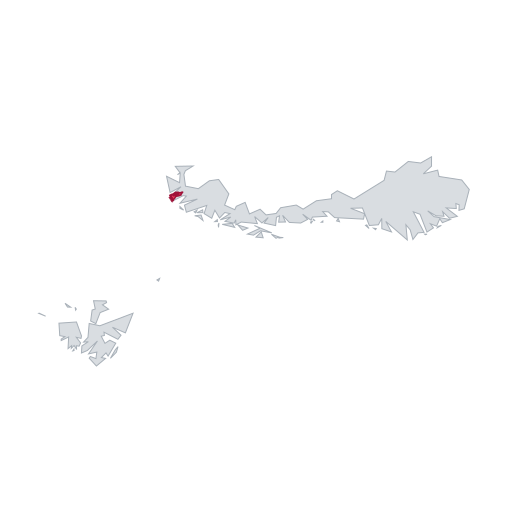 Gamvik nor, Finnmark, Norway shown in context, rotated 223°
{"feature_id": "86288312B53598341368845", "entity_name": "Gamvik nor", "entity_type": "district", "adm_level": 2, "iso_a3": "NOR", "parent_name": "Norway", "parent_adm1": "Finnmark", "projection": "albers", "projection_center": [28.071, 70.766], "detail": "fine", "context": "in_parent", "style": "filled", "palette": "rose", "viewbox_px": 512, "rotation_deg": 223, "n_neighbors": 0, "source": "geoboundaries", "source_scale": "gbopen_adm2", "svg_char_len": 6951}
<svg xmlns="http://www.w3.org/2000/svg" viewBox="0 0 512 512"><g transform="rotate(223 256 256)"><path d="M313.7,271.8L303.1,275.4L304.3,278.9L300.5,287.8L289.5,282.3L284.9,293.0L276.7,292.9L270.3,300.8L270.9,308.1L261.3,320.7L253.5,322.4L249.5,337.6L239.8,349.4L242.7,352.4L241.0,359.2L223.2,364.5L213.9,398.7L218.5,407.1L211.6,412.2L209.1,429.0L199.0,436.3L195.3,448.3L188.9,441.4L189.7,430.2L181.7,442.7L176.4,439.0L157.4,451.9L145.4,450.1L135.9,432.5L138.7,427.8L142.3,432.0L145.6,430.7L141.9,427.3L149.7,420.9L135.8,422.3L140.2,415.6L149.7,415.7L145.6,413.3L151.8,408.2L161.2,406.1L152.6,406.2L138.8,415.1L142.4,407.5L147.0,408.6L144.3,401.0L150.5,398.5L145.4,397.6L147.3,390.1L164.5,398.4L171.1,395.6L149.2,387.9L153.3,383.4L152.5,375.1L161.1,380.3L167.7,381.1L156.3,370.9L184.7,369.8L173.3,366.0L182.6,361.8L189.7,369.3L187.8,362.3L193.9,355.6L210.9,363.7L219.4,355.4L205.4,361.0L202.5,356.3L224.7,337.7L233.2,337.6L237.5,334.0L231.2,333.5L241.3,322.9L240.1,319.7L250.4,318.4L243.2,318.0L245.8,310.6L254.5,303.3L264.3,303.9L257.6,301.0L262.5,296.2L266.2,301.4L267.5,298.3L262.4,291.6L272.5,285.6L273.3,292.5L274.2,284.2L283.9,283.9L277.1,280.6L289.9,270.8L292.0,265.1L295.5,268.7L294.4,265.1L302.3,260.2L301.0,267.3L306.8,258.1L303.9,269.3L308.5,266.5L308.6,258.9L317.3,261.4L314.1,253.4L322.9,251.6L326.5,259.4L336.8,240.5L343.0,244.4L337.7,257.7L347.6,242.7L347.8,252.3L350.4,250.5L354.4,239.5L359.3,241.7L356.2,247.3L358.6,247.5L358.1,255.5L362.1,243.8L375.8,253.3L361.9,257.5L368.0,265.0L376.2,266.5L363.4,278.9L365.8,270.2L364.4,266.5L355.2,259.0L344.1,265.9L341.4,279.2L335.5,286.5L318.2,282.9L313.7,271.8ZM317.5,66.0L322.0,71.5L320.2,79.0L323.4,75.4L323.4,81.9L332.0,92.9L322.6,98.5L306.9,130.3L299.1,110.7L312.4,106.0L300.7,106.0L300.2,100.9L315.2,96.6L312.7,94.5L314.5,91.8L306.9,89.1L305.5,94.7L299.1,96.6L295.9,81.9L299.6,82.8L299.8,76.3L296.2,78.5L297.7,66.7L308.3,67.5L308.6,69.5L303.1,71.8L306.9,77.2L311.7,70.2L314.0,85.7L314.9,71.9L317.5,66.0ZM330.3,60.1L337.8,69.0L340.8,61.3L341.8,62.3L340.8,66.7L345.2,63.9L354.3,72.5L342.3,85.3L329.1,78.5L327.8,76.4L332.0,74.0L325.0,72.8L323.9,69.4L326.2,67.8L323.4,65.3L328.0,66.5L328.1,62.5L329.7,64.7L330.3,60.1ZM332.6,95.7L339.0,104.7L337.4,107.6L344.3,112.5L335.0,120.9L333.5,120.0L335.0,115.6L327.5,116.6L331.4,108.3L327.0,97.3L332.6,95.7ZM272.0,279.0L278.0,277.2L260.2,283.7L269.9,277.5L272.0,269.6L277.2,266.2L272.0,279.0ZM283.3,265.7L290.5,266.3L281.0,270.9L283.3,265.7ZM291.1,262.4L302.3,256.1L295.7,263.6L291.1,262.4ZM292.7,81.9L295.0,91.6L295.1,95.6L292.5,90.4L292.7,81.9ZM268.9,269.8L268.6,277.2L263.2,274.2L268.9,269.8ZM328.3,243.6L324.1,248.5L319.0,245.8L325.2,245.4L328.3,243.6ZM328.7,247.4L326.5,253.4L324.4,251.5L328.7,247.4ZM253.5,282.6L259.5,282.4L252.2,285.6L253.5,282.6ZM375.6,66.3L368.8,68.5L375.8,65.9L375.6,66.3ZM359.0,90.1L363.4,91.2L356.6,92.2L359.0,90.1ZM340.2,240.2L344.2,239.0L345.4,240.3L340.2,240.2ZM331.4,246.1L330.4,249.3L329.5,246.4L331.4,246.1ZM309.6,253.0L309.1,256.2L307.7,254.9L309.6,253.0ZM312.1,170.9L311.2,173.9L310.1,171.2L312.1,170.9ZM353.3,95.1L351.2,94.6L351.0,93.4L353.3,95.1ZM221.0,336.6L221.5,339.5L218.3,338.0L221.0,336.6ZM302.9,251.4L304.8,252.9L305.6,254.9L302.9,251.4ZM325.3,61.6L325.7,63.8L324.6,62.8L325.3,61.6ZM196.2,354.3L192.1,353.2L196.8,353.1L196.2,354.3ZM189.0,356.5L186.8,358.1L186.5,356.8L189.0,356.5ZM251.1,286.1L248.6,288.1L251.7,284.4L251.1,286.1ZM143.1,401.7L141.3,404.8L142.7,400.3L143.1,401.7ZM238.4,319.9L238.1,317.5L239.3,318.0L238.4,319.9ZM368.9,261.9L368.5,264.6L368.3,264.1L368.9,261.9ZM239.0,322.1L236.7,322.0L239.6,321.7L239.0,322.1ZM231.3,325.2L231.0,327.2L230.1,326.3L231.3,325.2ZM147.6,387.0L145.8,388.6L146.7,387.0L147.6,387.0Z" fill="#d9dde1" stroke="#a8b0b8" stroke-width="1"/><path d="M353.2,252.6L353.6,252.4L354.3,251.0L354.8,250.3L355.5,249.9L356.0,249.6L356.4,249.6L357.7,248.2L358.4,247.6L358.6,246.5L358.4,246.6L358.1,246.8L357.9,247.1L357.7,247.2L357.7,247.3L357.1,247.6L356.2,248.1L355.8,248.3L355.5,248.3L355.2,248.5L354.8,248.5L354.7,248.4L354.9,248.3L355.2,248.3L355.3,248.1L355.6,248.1L355.8,247.9L356.1,247.8L356.1,247.7L355.9,247.5L356.2,247.4L356.3,247.3L356.4,247.2L356.7,247.2L356.8,247.1L356.7,247.1L356.8,247.1L357.0,247.0L357.1,246.9L357.3,246.8L357.4,246.7L357.5,246.5L357.8,246.2L357.7,246.1L357.4,245.9L357.2,245.8L357.0,246.1L356.9,246.1L357.0,245.9L357.0,245.7L356.8,245.7L356.5,245.5L356.3,245.5L355.9,245.6L355.7,245.8L355.4,246.1L355.3,245.9L355.5,245.7L355.8,245.3L355.7,245.2L355.3,245.2L355.2,245.1L355.3,245.0L355.6,245.1L356.0,245.1L356.0,244.9L356.1,245.0L356.5,245.1L356.4,245.0L356.6,245.0L356.6,244.9L356.9,244.7L357.0,244.5L356.9,244.8L357.0,245.1L357.3,245.1L357.4,244.9L357.5,244.9L357.6,245.0L357.4,245.0L357.5,245.1L357.8,245.2L358.0,245.1L358.3,245.2L358.5,245.0L358.7,244.9L358.8,244.8L358.6,244.5L358.4,244.4L358.2,244.2L358.4,244.2L358.7,244.4L358.7,244.5L358.8,244.5L359.1,244.5L359.2,244.3L359.2,244.2L358.9,244.0L359.0,244.0L359.4,244.0L359.5,243.9L359.5,243.7L359.0,243.4L359.2,243.2L359.5,243.4L359.8,243.3L359.9,243.2L360.0,242.9L360.0,242.7L360.1,242.4L360.2,242.2L360.2,241.9L360.3,241.8L360.3,241.7L360.2,241.7L360.3,241.7L360.2,241.7L360.3,241.6L360.2,241.5L360.1,241.4L359.7,241.3L359.6,241.2L359.4,241.2L359.1,241.1L358.9,241.1L358.8,241.3L358.7,241.3L358.8,241.1L358.7,241.3L358.5,241.6L358.4,241.7L358.2,241.7L358.3,241.8L358.1,241.8L358.1,242.0L358.0,241.8L358.2,241.4L358.3,241.2L358.2,241.0L358.0,241.3L358.0,241.5L358.0,241.4L358.0,241.5L357.9,241.6L358.0,241.4L357.9,241.4L358.0,241.3L358.1,241.1L358.1,240.9L358.2,240.7L357.9,240.6L358.2,240.5L358.3,240.5L358.3,240.4L358.5,240.4L358.4,240.3L358.5,240.3L358.5,240.2L358.4,240.1L358.5,240.1L358.4,240.1L358.5,240.0L358.4,240.0L358.5,240.0L358.5,239.9L358.3,239.8L358.4,239.7L358.1,239.5L358.0,239.4L357.9,239.4L357.8,239.5L357.7,239.6L357.5,240.0L357.4,240.2L357.3,240.3L357.2,240.3L357.2,240.2L357.3,240.2L357.2,240.1L357.3,240.1L357.3,239.9L357.2,239.9L357.3,239.8L357.3,239.7L357.1,239.6L357.0,239.8L356.9,239.9L357.0,239.9L356.9,239.9L356.9,240.0L356.7,240.2L356.7,239.9L356.7,239.7L356.8,239.6L356.7,239.6L356.7,239.8L356.5,240.0L356.4,240.0L356.5,240.1L356.4,240.1L356.2,240.4L356.2,240.5L356.1,240.4L356.1,240.2L356.0,240.4L355.9,240.3L355.9,240.5L355.9,240.4L355.8,240.5L355.7,240.6L355.7,240.3L355.6,240.2L355.6,239.9L355.4,240.2L355.3,240.3L355.3,240.2L355.2,240.3L355.1,240.2L355.2,239.9L355.0,240.0L354.9,240.0L355.0,239.8L355.2,239.6L355.3,239.3L355.2,239.3L355.3,239.2L355.2,239.1L354.8,238.8L354.8,238.7L354.7,238.7L354.9,239.1L354.9,239.5L355.0,239.6L354.7,240.0L354.5,240.4L354.7,240.7L354.9,241.5L354.9,243.2L355.1,243.8L355.2,244.5L355.2,245.2L354.0,246.7L353.0,248.3L352.8,249.1L352.8,249.4L352.8,249.6L352.7,249.6L352.8,249.8L352.8,250.0L352.9,250.3L353.0,250.5L353.0,250.8L353.0,251.0L353.1,251.3L353.1,252.3L353.1,252.5L353.2,252.6ZM356.5,247.4L356.4,247.4L356.1,247.6L356.4,247.6L356.5,247.5L356.5,247.4Z" fill="#f43f5e" stroke="#9f1239" stroke-width="1.5"/></g></svg>